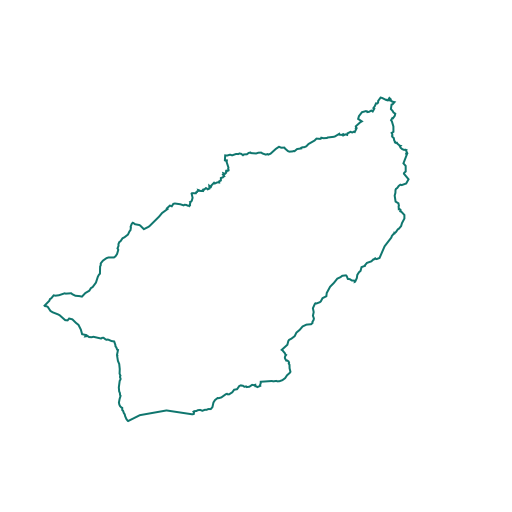 outline of Tiha Bargaului, Bistrita-Nasaud, Romania, rotated 137°
{"feature_id": "2599482B23596270309682", "entity_name": "Tiha Bargaului", "entity_type": "district", "adm_level": 2, "iso_a3": "ROU", "parent_name": "Romania", "parent_adm1": "Bistrita-Nasaud", "projection": "natural_earth1", "projection_center": [24.915, 47.238], "detail": "fine", "context": "isolated", "style": "outline", "palette": "teal", "viewbox_px": 512, "rotation_deg": 137, "n_neighbors": 0, "source": "geoboundaries", "source_scale": "gbopen_adm2", "svg_char_len": 6071}
<svg xmlns="http://www.w3.org/2000/svg" viewBox="0 0 512 512"><g transform="rotate(137 256 256)"><path d="M56.8,286.9L60.9,286.1L62.1,284.9L63.4,284.9L64.1,285.8L67.1,284.5L69.3,284.1L69.5,283.7L69.2,283.0L72.1,282.1L72.5,283.7L75.1,284.4L76.4,285.3L76.1,285.9L76.8,287.0L80.4,288.9L85.3,288.1L87.8,286.6L86.8,282.3L88.6,282.7L94.6,282.8L95.1,281.6L95.7,281.4L95.4,280.8L99.3,279.3L99.7,280.2L101.2,280.6L101.8,281.4L102.1,282.3L105.5,283.3L106.7,282.4L107.6,283.9L109.7,284.6L109.0,285.4L109.1,285.7L110.4,285.8L112.3,287.9L111.9,288.6L116.8,289.6L117.9,290.2L122.8,293.8L123.6,293.9L126.3,296.1L127.6,298.0L128.6,297.6L129.2,297.9L131.7,300.6L134.4,300.5L141.2,302.1L144.4,301.9L146.4,302.6L148.0,303.9L149.1,304.3L149.5,303.8L153.0,306.2L156.4,306.4L157.0,307.2L157.7,307.4L160.4,309.5L161.1,310.9L161.5,314.9L161.3,315.9L163.7,318.0L164.7,320.2L168.4,320.8L175.6,320.9L177.9,321.8L178.0,322.6L179.7,323.5L181.3,326.5L181.7,328.1L183.8,329.9L186.0,330.9L189.5,334.7L189.5,335.5L191.1,336.4L193.3,336.6L195.5,338.5L196.8,338.6L197.1,340.7L198.2,342.3L199.4,342.6L201.0,344.2L204.8,345.9L205.9,347.8L208.7,349.2L209.9,350.6L213.5,347.2L213.4,346.8L213.0,346.8L212.1,345.8L213.4,344.7L215.9,339.4L217.0,338.7L217.4,337.5L217.8,337.3L219.0,337.8L219.5,338.7L220.0,338.6L220.9,337.3L222.5,337.2L223.4,338.8L224.0,337.6L224.6,337.9L224.9,336.0L225.7,336.3L226.6,336.1L228.5,337.0L230.2,335.2L232.0,335.7L232.8,334.8L233.2,335.3L233.0,335.5L234.5,336.4L236.7,337.1L236.7,338.2L240.8,338.0L241.5,337.3L242.1,337.2L242.3,339.2L244.1,337.1L245.9,337.7L246.0,339.0L246.3,339.8L248.9,339.9L249.2,340.6L250.3,340.5L250.6,339.8L252.6,341.8L252.9,343.1L253.2,343.6L253.5,342.8L254.7,343.4L255.5,343.0L256.3,343.4L257.2,342.9L260.0,345.6L260.5,345.6L262.7,341.8L265.3,340.2L266.6,340.1L267.4,340.4L267.6,339.8L268.9,339.0L269.6,338.1L270.8,338.0L271.0,338.9L271.7,339.5L272.1,340.8L273.3,342.2L274.4,342.4L276.1,345.5L279.5,349.7L280.9,350.5L283.7,349.8L284.6,351.6L288.7,351.6L288.7,350.7L295.4,351.5L300.0,350.9L313.1,350.5L314.6,350.6L319.7,352.1L319.9,357.2L320.2,358.2L322.9,361.9L323.1,363.6L323.5,364.4L325.1,364.2L327.9,362.8L328.1,362.1L330.2,360.5L331.8,360.3L335.0,359.0L339.5,359.4L341.5,360.0L345.0,359.2L346.5,359.4L348.5,358.5L349.6,357.2L352.1,356.0L352.3,354.8L352.9,354.2L356.3,352.2L359.0,351.6L360.9,351.8L364.8,355.5L366.8,356.4L371.1,357.0L374.0,356.6L375.0,356.2L375.6,355.3L377.2,354.6L382.2,349.5L383.7,349.4L385.8,348.7L391.2,345.7L396.6,344.7L398.7,345.1L401.6,344.3L406.1,345.3L411.0,345.0L412.5,347.1L415.2,350.1L416.4,353.3L416.6,354.8L417.2,355.3L420.8,358.2L421.4,359.2L426.9,361.7L429.8,363.8L430.8,365.2L434.6,364.7L436.1,365.0L437.7,364.2L444.5,363.9L444.5,363.3L443.4,361.9L443.0,360.8L443.8,356.0L443.1,353.5L440.6,348.3L440.0,346.6L439.3,339.2L437.7,337.4L435.3,337.7L433.5,334.9L433.3,330.0L432.8,326.7L434.3,321.6L436.5,317.4L434.2,314.1L435.6,313.6L433.7,312.3L433.4,310.6L431.6,308.7L430.0,307.8L425.6,301.3L424.4,301.1L423.3,300.2L422.9,297.6L422.3,296.5L421.7,296.3L421.0,295.4L419.7,292.4L418.0,290.2L419.5,286.9L420.4,285.7L420.5,284.4L421.4,282.3L421.0,281.4L425.2,278.4L425.3,277.7L425.8,277.5L428.5,273.5L429.7,270.3L432.8,266.2L436.0,263.0L436.8,260.9L437.4,260.8L438.2,260.0L438.6,258.8L439.2,258.2L440.9,257.6L446.0,253.4L448.4,250.3L449.0,248.6L450.2,247.1L450.4,246.1L453.2,244.5L456.2,242.3L457.3,240.5L457.8,238.9L457.8,237.2L457.4,236.2L458.9,234.5L458.8,233.4L459.8,231.2L460.0,229.7L460.9,228.2L462.0,225.1L462.2,222.8L462.1,222.5L449.5,218.8L426.8,204.1L410.6,183.7L409.3,182.9L408.1,183.8L407.9,184.8L407.0,184.6L405.3,183.3L403.7,182.9L401.8,181.5L400.8,179.4L398.3,178.4L397.0,177.2L395.3,176.6L393.5,174.9L390.9,175.2L387.0,177.9L384.2,178.6L380.9,178.3L380.3,177.5L377.8,176.2L372.4,175.5L371.2,175.0L371.1,174.2L370.1,173.2L366.3,172.5L363.2,173.1L360.7,171.5L356.9,172.3L356.1,172.0L355.2,171.7L355.0,171.0L354.1,170.2L353.7,168.3L352.2,167.4L352.2,166.5L350.0,164.9L346.7,164.4L345.6,162.9L344.4,162.3L345.3,161.2L344.7,160.5L344.4,159.2L341.4,158.1L341.0,158.9L339.4,159.7L338.3,160.8L329.7,153.8L328.8,152.5L326.4,150.8L325.8,149.7L324.2,148.4L321.4,147.2L318.0,146.8L314.7,147.6L311.1,147.5L309.8,147.8L308.0,151.0L305.7,153.6L305.4,155.0L304.6,155.4L304.1,156.7L304.5,158.4L305.2,158.8L304.7,161.1L304.3,161.9L303.1,162.8L301.5,163.1L301.7,163.9L301.2,165.1L301.0,168.9L301.2,169.8L293.6,169.7L290.3,171.8L289.0,172.1L286.5,171.4L282.4,171.0L278.7,172.4L274.3,172.2L270.0,172.7L265.9,171.4L262.2,168.5L260.3,168.5L259.7,169.3L257.4,170.0L256.2,170.9L255.1,173.5L252.1,175.6L250.0,179.0L245.7,180.8L244.8,180.9L244.3,180.1L240.9,178.7L239.6,178.6L236.1,179.8L232.0,178.6L229.5,180.7L222.7,183.0L217.4,183.2L212.0,184.0L208.6,182.9L206.4,182.7L203.4,180.5L203.4,179.3L204.5,176.6L203.2,175.1L202.6,172.7L200.7,170.7L200.6,170.2L201.3,169.7L201.0,169.6L197.3,171.1L194.8,173.1L191.7,173.9L189.7,173.8L186.4,175.9L183.0,174.5L182.7,174.9L179.6,175.3L175.2,173.4L172.5,173.5L172.3,173.1L170.4,173.0L170.3,171.9L169.9,171.5L167.0,170.3L155.3,175.4L144.4,177.2L143.0,178.0L140.4,178.3L139.6,178.0L138.9,178.7L138.4,178.1L137.2,178.1L134.0,178.8L133.1,178.5L129.5,178.9L126.8,180.5L121.9,182.2L119.5,184.8L119.5,188.9L120.0,190.3L119.1,190.8L119.3,191.1L118.9,191.7L119.0,192.6L119.6,192.9L117.8,195.1L117.2,195.3L115.9,197.4L116.8,200.6L113.4,205.6L111.0,207.1L109.0,209.1L107.9,209.6L106.2,209.4L103.9,209.9L101.8,209.7L101.1,208.5L96.7,206.6L92.1,208.1L91.7,215.3L90.8,215.8L88.9,215.7L85.1,219.8L85.0,223.2L76.2,227.5L76.5,228.4L76.1,228.6L75.2,228.2L74.3,230.9L73.8,231.0L74.2,231.8L75.3,232.6L76.2,234.5L76.4,236.6L76.1,237.6L76.0,238.0L75.2,238.0L75.6,238.6L76.0,241.8L75.7,242.7L76.6,243.3L76.9,244.2L76.4,244.4L76.2,246.1L74.8,248.3L75.0,250.1L74.7,251.0L74.0,251.2L73.3,252.1L72.9,253.5L70.8,253.1L67.2,257.0L64.8,261.8L64.6,263.2L62.2,263.9L61.9,263.3L58.9,263.9L57.1,265.1L57.6,267.3L57.2,268.5L57.1,271.5L53.6,274.3L52.6,273.8L49.8,274.1L51.2,276.2L51.1,276.7L51.9,278.3L50.6,278.7L50.7,280.6L53.5,279.9L54.1,281.3L54.4,281.3L55.9,285.4L56.8,286.9Z" fill="none" stroke="#0f766e" stroke-width="2"/></g></svg>